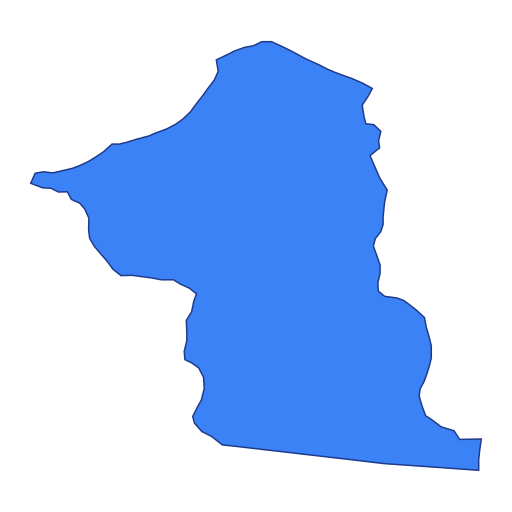 Jijoca de Jericoacoara, Ceará, Brazil
{"feature_id": "56859067B74295289149447", "entity_name": "Jijoca de Jericoacoara", "entity_type": "district", "adm_level": 2, "iso_a3": "BRA", "parent_name": "Brazil", "parent_adm1": "Ceará", "projection": "mercator", "projection_center": [-40.5, -2.875], "detail": "fine", "context": "isolated", "style": "filled", "palette": "blue", "viewbox_px": 512, "rotation_deg": 0, "n_neighbors": 0, "source": "geoboundaries", "source_scale": "gbopen_adm2", "svg_char_len": 1711}
<svg xmlns="http://www.w3.org/2000/svg" viewBox="0 0 512 512"><path d="M481.3,439.0L459.6,439.4L454.1,430.8L441.3,426.9L432.0,419.9L425.6,415.7L421.8,405.3L419.2,396.0L420.1,388.9L424.1,381.4L426.5,375.0L429.1,366.7L431.3,358.1L431.3,345.9L429.1,336.9L426.3,327.3L424.4,317.5L416.3,310.1L409.6,304.8L403.9,300.6L397.2,298.0L384.6,296.3L378.2,290.9L377.9,282.4L380.1,273.4L380.1,265.1L377.1,256.5L373.4,246.2L375.3,238.6L380.8,231.6L383.1,224.5L383.1,217.6L383.8,209.9L384.6,202.0L387.2,190.1L379.6,177.7L370.0,155.6L379.6,147.9L378.6,140.7L380.8,131.4L373.7,124.6L365.9,123.8L364.1,117.1L362.2,105.2L368.1,96.3L372.3,88.5L363.3,83.5L352.4,78.7L340.9,74.6L334.1,72.0L327.1,69.0L320.0,65.3L305.9,58.9L291.2,51.0L283.8,47.3L271.6,41.7L261.8,41.7L253.2,45.8L244.7,47.3L234.5,51.0L226.3,55.1L216.3,59.9L218.2,71.3L214.4,79.9L207.6,88.8L202.0,96.6L194.9,105.6L190.4,111.9L182.3,119.5L175.6,124.3L166.3,129.1L155.1,133.2L149.0,135.9L136.3,139.3L126.0,142.5L119.1,144.1L112.0,144.1L103.9,151.5L96.5,156.5L88.2,161.6L79.2,165.8L72.2,168.4L52.7,172.9L43.4,171.8L35.2,173.2L30.7,183.3L42.6,187.8L50.9,188.2L58.4,192.0L67.4,191.8L71.4,199.4L79.6,203.1L84.8,209.0L88.9,218.3L88.6,230.0L89.6,238.3L94.6,246.7L102.4,255.8L107.9,262.2L112.9,269.2L121.0,275.6L131.8,275.3L142.4,276.7L151.6,277.9L161.5,279.8L173.4,279.8L180.8,284.3L189.4,288.2L196.5,293.9L193.8,301.1L191.6,311.8L186.3,320.4L186.8,332.4L186.8,340.7L184.2,351.4L184.9,359.6L192.0,363.1L198.7,367.9L203.6,377.4L204.2,388.6L201.3,400.1L197.2,407.5L192.7,416.5L194.5,423.2L201.8,431.5L211.8,436.6L222.3,444.9L233.5,446.1L310.4,455.0L343.4,458.8L384.1,463.6L478.7,470.3L478.7,459.8L479.7,450.2L481.3,439.0Z" fill="#3b82f6" stroke="#1e3a8a" stroke-width="1.5"/></svg>